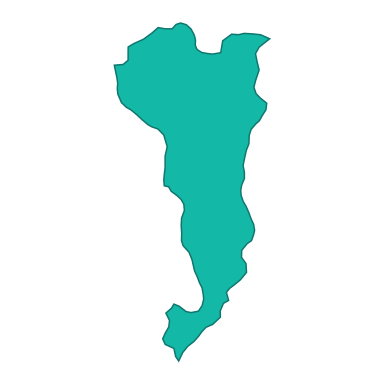 the district of Iracemápolis, São Paulo, Brazil
{"feature_id": "56859067B21577616213228", "entity_name": "Iracemápolis", "entity_type": "district", "adm_level": 2, "iso_a3": "BRA", "parent_name": "Brazil", "parent_adm1": "São Paulo", "projection": "robinson", "projection_center": [-47.523, -22.617], "detail": "fine", "context": "isolated", "style": "filled", "palette": "teal", "viewbox_px": 384, "rotation_deg": 0, "n_neighbors": 0, "source": "geoboundaries", "source_scale": "gbopen_adm2", "svg_char_len": 1755}
<svg xmlns="http://www.w3.org/2000/svg" viewBox="0 0 384 384"><path d="M252.5,33.9L244.2,33.4L238.5,34.7L231.6,34.2L222.7,40.8L220.7,52.7L212.4,54.1L207.4,53.5L201.8,52.5L197.1,49.6L195.2,45.1L195.5,40.0L194.3,35.2L191.1,29.1L186.3,24.7L180.6,23.0L176.2,24.4L172.1,28.8L165.1,28.8L158.1,27.6L152.1,32.9L143.4,39.3L134.0,43.5L128.2,46.9L128.1,52.2L128.1,60.2L123.1,64.5L114.3,65.2L116.8,77.2L117.7,83.0L117.3,88.6L117.8,94.0L121.5,102.7L126.5,107.4L130.8,109.8L137.0,114.9L142.1,119.7L148.0,124.7L151.9,126.9L157.8,128.9L163.8,135.0L167.2,146.7L165.1,156.2L165.1,167.9L164.3,174.1L163.8,179.9L164.3,185.8L168.6,186.8L171.2,191.3L176.9,195.5L180.9,199.2L183.8,204.0L184.4,210.4L181.6,218.1L181.2,225.8L181.7,232.9L181.5,240.6L183.1,245.7L189.1,252.4L192.0,259.7L194.5,270.7L197.7,277.8L199.3,282.4L202.1,288.0L203.2,294.3L203.7,299.1L202.1,305.7L198.4,311.2L191.0,312.6L186.0,311.5L179.1,306.2L173.9,304.1L171.6,308.1L165.9,313.1L169.5,320.5L168.8,326.9L165.1,333.4L162.7,338.8L165.2,344.4L173.9,348.4L175.7,356.6L178.7,361.0L182.8,352.4L187.8,346.3L194.1,341.3L198.4,336.5L201.6,332.0L206.0,327.3L212.8,324.3L220.4,317.1L220.2,311.0L223.4,303.4L228.6,300.4L226.4,292.4L229.6,288.4L234.8,284.4L240.3,279.9L246.5,272.4L246.0,263.6L241.5,257.4L241.7,250.4L247.0,243.8L251.5,240.6L253.4,235.4L254.6,230.4L253.6,224.3L251.1,218.9L248.9,212.8L246.1,206.4L243.3,201.6L241.2,195.6L240.7,190.4L241.7,185.0L244.4,178.6L244.4,172.5L243.1,165.5L244.5,158.6L246.3,150.4L248.9,143.8L249.2,135.5L251.1,129.4L255.7,124.0L259.4,120.7L262.5,115.2L266.0,109.6L266.7,103.2L260.5,98.2L256.1,93.7L253.9,87.3L255.5,80.9L257.1,76.1L259.1,70.0L257.1,61.8L255.5,53.6L259.1,47.2L262.8,44.2L269.7,38.8L260.5,34.7L252.5,33.9Z" fill="#14b8a6" stroke="#0f766e" stroke-width="1.5"/></svg>